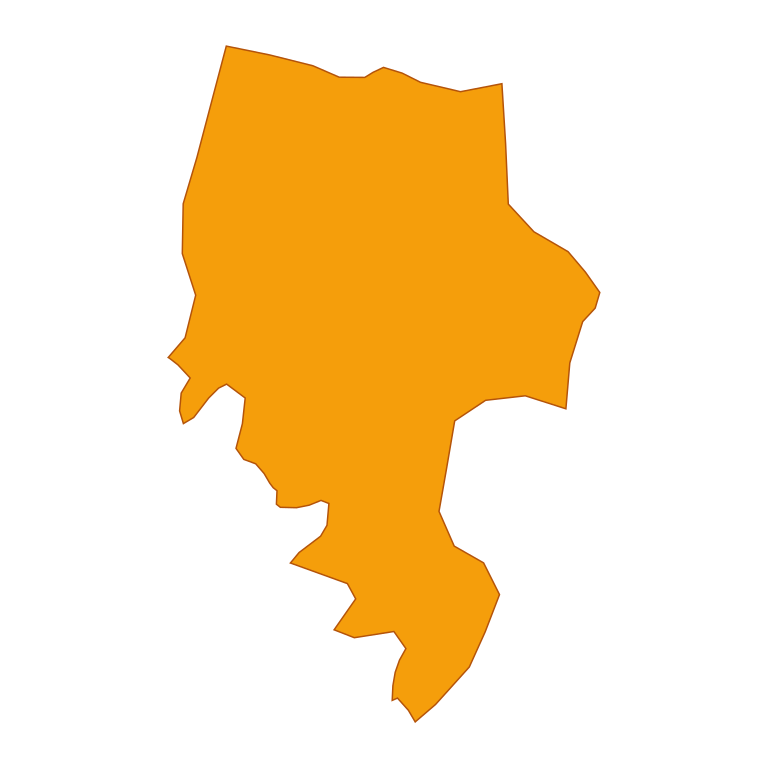 an SVG outline of Ağdaş
{"feature_id": "AZE-1692", "entity_name": "Ağdaş", "entity_type": "District", "adm_level": 1, "iso_a3": "AZE", "parent_name": "Azerbaijan", "parent_adm1": "", "projection": "equal_earth", "projection_center": [47.384, 40.544], "detail": "fine", "context": "isolated", "style": "filled", "palette": "amber", "viewbox_px": 768, "rotation_deg": 0, "n_neighbors": 0, "source": "natural_earth", "source_scale": "10m", "svg_char_len": 1105}
<svg xmlns="http://www.w3.org/2000/svg" viewBox="0 0 768 768"><path d="M499.5,594.6L485.2,631.8L469.3,667.0L435.6,704.4L415.2,721.9L408.4,710.3L397.5,698.1L392.2,700.4L392.9,685.7L395.2,672.3L399.5,660.1L405.9,648.6L393.9,631.5L354.3,637.7L334.1,629.8L355.7,598.9L347.4,583.6L290.4,563.0L299.1,552.5L320.6,536.2L327.0,525.3L328.9,503.5L321.0,500.4L309.1,505.2L296.5,507.7L280.3,507.3L276.4,504.2L277.0,490.7L273.2,487.7L269.8,483.2L264.1,473.5L255.7,463.8L243.8,459.4L236.0,448.4L242.4,423.7L245.2,398.0L226.6,384.1L218.6,388.1L208.7,398.0L193.7,417.5L183.4,423.6L179.6,410.9L181.2,393.1L190.2,378.0L177.9,364.8L169.4,358.2L168.2,357.5L185.1,337.8L195.7,295.2L182.3,253.6L183.2,203.8L196.9,157.5L211.5,102.1L226.3,46.1L269.9,55.0L313.0,65.8L339.2,77.2L364.8,77.4L373.1,72.3L383.5,67.4L402.1,73.1L420.5,82.3L460.5,91.7L501.9,83.7L505.6,143.8L508.3,204.1L533.9,231.8L568.1,251.7L585.4,272.1L599.8,292.5L595.2,308.1L582.7,321.6L569.8,362.9L565.9,408.8L525.3,395.8L485.6,400.3L454.7,420.9L446.2,470.6L439.0,511.4L454.2,546.1L483.6,562.9L499.5,594.6Z" fill="#f59e0b" stroke="#b45309" stroke-width="1.5"/></svg>